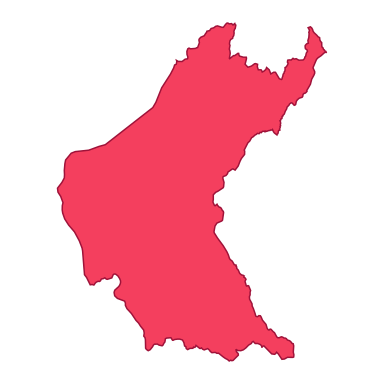 Phoukhoune, Louangphrabang, Laos
{"feature_id": "54806243B44028844681141", "entity_name": "Phoukhoune", "entity_type": "district", "adm_level": 2, "iso_a3": "LAO", "parent_name": "Laos", "parent_adm1": "Louangphrabang", "projection": "equal_earth", "projection_center": [102.694, 19.508], "detail": "fine", "context": "isolated", "style": "filled", "palette": "rose", "viewbox_px": 384, "rotation_deg": 0, "n_neighbors": 0, "source": "geoboundaries", "source_scale": "gbopen_adm2", "svg_char_len": 5925}
<svg xmlns="http://www.w3.org/2000/svg" viewBox="0 0 384 384"><path d="M148.2,350.7L150.2,349.7L152.6,346.7L153.4,345.1L154.4,344.2L157.4,344.1L159.0,345.1L162.1,345.8L163.0,345.1L163.8,343.4L164.9,342.0L165.4,338.7L166.6,338.1L170.9,337.7L172.5,340.2L173.0,340.3L174.7,339.5L177.5,339.1L179.7,339.1L182.5,340.0L183.9,342.7L184.6,346.0L185.7,346.5L186.0,346.9L186.0,347.9L186.4,348.7L187.7,349.6L189.9,348.4L192.9,348.3L193.5,347.1L194.8,347.4L195.5,346.7L196.0,345.4L199.7,348.4L200.3,348.5L201.5,347.9L202.6,349.2L204.2,349.9L207.7,348.6L209.8,350.5L210.1,351.3L211.9,352.7L215.2,352.4L216.9,353.3L218.6,353.2L222.8,356.6L225.3,358.4L227.5,359.5L229.2,361.0L230.8,360.2L231.8,360.7L233.1,360.4L238.3,355.2L238.3,353.9L237.8,353.1L236.9,352.4L236.3,351.2L236.0,349.8L236.6,349.6L237.5,350.5L240.8,350.7L243.4,349.8L245.9,347.9L248.6,345.1L251.3,343.5L252.2,342.0L253.2,341.4L255.2,343.5L257.9,343.5L260.6,344.7L261.6,346.1L261.8,347.1L262.2,347.1L263.0,346.1L263.9,345.9L271.7,353.9L274.6,354.3L275.6,353.7L276.6,352.2L278.2,353.8L281.9,359.3L284.5,359.0L287.5,357.3L292.9,357.4L293.7,357.0L293.9,354.8L293.3,352.2L293.7,345.8L293.2,343.7L292.1,343.4L290.8,341.7L289.6,340.7L287.4,340.0L286.3,338.6L285.4,338.1L284.0,338.0L282.6,337.1L281.3,336.8L279.0,337.8L277.5,337.6L276.6,336.6L274.4,332.5L273.6,332.1L271.0,329.3L270.1,329.1L269.1,330.0L268.5,329.9L267.8,329.3L267.1,328.1L266.0,324.4L262.5,320.2L261.2,317.1L260.4,315.8L258.9,315.6L258.0,316.4L257.3,316.7L256.0,316.3L255.7,315.9L255.2,313.9L253.3,308.4L252.2,306.1L252.0,303.7L249.6,299.2L249.4,296.8L250.1,294.9L250.1,292.2L250.6,290.5L248.7,285.9L248.0,285.6L246.8,286.1L246.3,285.8L245.1,281.7L245.1,281.1L246.0,279.3L245.2,278.0L243.9,277.3L243.9,276.4L244.2,276.0L243.2,275.3L241.5,274.9L239.7,273.4L238.3,270.1L236.7,268.4L236.7,266.9L236.0,266.2L236.2,265.2L234.3,264.7L232.2,261.1L230.3,259.6L229.5,258.5L228.3,254.8L226.9,251.8L223.3,245.9L217.4,237.9L214.2,232.8L214.0,231.6L215.0,226.1L216.9,223.1L221.7,221.0L222.5,220.2L223.6,212.6L223.3,211.3L222.4,210.5L221.2,208.2L220.3,207.4L219.4,207.3L217.5,205.3L217.0,204.2L215.2,205.7L214.5,205.5L213.1,202.5L213.0,201.2L213.3,199.7L213.3,194.8L215.7,192.3L217.8,191.3L223.1,187.8L223.6,186.8L224.0,182.4L222.9,178.5L222.9,177.3L223.3,176.5L226.0,175.5L227.5,173.7L227.9,172.1L232.2,169.1L233.0,168.9L235.1,170.1L238.2,166.0L240.0,161.3L241.4,158.5L244.6,154.4L244.7,151.1L244.2,150.1L247.9,142.8L249.7,141.1L251.6,137.7L253.1,136.8L255.2,134.9L256.3,134.4L257.3,133.4L259.1,133.7L260.1,132.3L261.2,132.7L262.4,131.4L264.6,131.2L265.0,131.8L265.5,131.1L266.5,131.4L269.0,130.5L270.0,130.5L270.6,130.0L272.0,130.1L272.5,129.5L273.5,131.8L274.4,133.0L276.9,134.9L277.0,134.4L277.9,133.6L278.6,130.5L279.9,130.1L279.6,128.8L280.2,127.4L280.0,126.3L280.6,125.8L280.3,124.2L280.7,123.3L280.4,121.5L279.9,120.8L280.7,120.1L280.9,118.9L281.7,118.7L282.0,118.3L282.1,116.4L283.0,115.9L282.9,115.4L284.3,114.0L285.3,111.2L286.7,108.8L287.0,107.2L289.1,105.0L289.5,104.0L291.2,102.8L292.2,103.1L294.2,105.3L295.3,104.9L295.7,104.4L296.3,101.4L297.4,99.8L299.2,98.2L302.1,97.3L302.7,96.5L303.1,94.3L304.2,93.3L304.9,93.3L305.8,92.7L307.0,91.4L306.8,90.5L310.4,84.3L311.7,79.2L313.9,75.2L314.7,73.2L314.7,71.6L313.1,68.1L313.1,67.4L316.5,59.4L318.0,57.8L321.1,55.7L325.1,52.1L325.8,52.1L326.5,53.0L325.9,51.5L325.4,51.5L324.2,49.8L323.6,49.6L322.9,47.7L322.1,47.1L321.8,46.2L321.7,42.6L320.6,41.4L319.9,40.1L319.6,37.6L318.1,36.8L316.7,35.1L314.2,32.8L313.1,31.3L312.6,29.5L311.7,27.9L310.4,26.8L308.1,27.7L309.5,30.2L308.8,32.5L309.1,33.5L308.8,37.5L307.9,40.5L308.3,43.2L306.9,43.7L306.2,44.3L305.2,45.5L305.1,46.9L305.4,48.7L307.0,49.9L307.5,51.2L306.3,53.1L305.6,56.3L304.8,57.1L304.6,58.4L303.4,59.8L302.7,60.0L298.9,60.2L296.2,58.7L294.2,59.1L293.0,58.3L291.2,60.0L289.1,59.9L287.7,60.2L287.4,62.2L288.1,63.1L287.6,64.8L286.2,66.9L285.0,67.6L285.1,69.0L284.9,71.0L284.2,72.0L284.0,73.3L283.2,74.1L282.7,76.6L282.3,77.3L282.0,79.0L281.4,79.5L279.3,78.7L275.5,72.3L273.8,72.2L270.8,73.9L269.2,69.8L266.6,67.5L265.8,69.5L263.7,71.3L262.2,72.0L261.8,70.8L261.1,69.8L258.3,69.8L257.3,66.7L257.6,64.3L255.6,63.6L254.5,63.8L251.4,66.1L247.9,67.2L245.1,64.2L246.3,59.5L246.5,58.1L246.3,57.2L243.4,57.2L239.6,56.1L238.9,54.8L238.7,53.4L238.0,53.3L234.7,55.6L233.5,55.6L229.7,58.7L229.4,58.4L230.2,53.3L229.9,50.9L229.3,49.1L230.0,45.3L229.5,44.2L229.5,43.3L229.9,40.9L230.8,39.4L232.6,38.4L232.9,36.8L233.7,35.7L234.1,33.1L233.9,31.3L234.6,29.2L235.2,28.6L235.8,25.3L235.7,25.0L235.3,25.1L234.8,23.5L233.0,25.0L231.6,23.6L229.1,23.9L228.5,23.3L227.1,23.0L225.7,24.2L223.4,27.3L222.0,27.3L217.5,25.9L215.7,26.3L213.7,27.8L211.1,28.5L209.6,30.6L206.9,31.2L206.5,32.6L205.8,33.2L204.3,35.7L200.7,37.3L199.2,39.0L198.9,40.0L199.4,42.7L197.6,47.6L196.7,47.7L195.6,48.4L190.6,48.8L189.0,48.1L187.8,48.8L186.9,51.3L187.0,54.5L187.8,56.8L187.8,58.1L187.5,58.8L185.1,59.2L182.1,61.5L178.2,61.4L176.5,60.4L176.8,61.5L176.3,64.2L174.6,65.0L173.7,67.9L170.5,74.1L161.7,87.8L155.9,102.3L152.8,107.6L105.3,144.7L99.1,146.4L88.7,150.2L75.3,151.6L71.2,153.2L65.6,160.0L64.9,163.7L64.3,170.4L64.5,174.7L64.3,178.0L62.0,182.3L57.5,188.2L58.0,192.2L60.7,196.4L63.0,202.7L62.3,205.6L62.2,209.9L62.7,213.1L64.7,218.9L68.6,225.0L74.5,231.9L79.3,240.8L82.1,248.1L82.6,250.9L84.5,274.7L86.6,277.5L90.2,284.8L92.2,284.5L93.6,285.0L94.1,284.9L95.0,283.4L96.3,282.1L98.1,281.3L99.3,281.5L100.0,281.2L100.6,280.6L101.1,279.3L101.5,279.0L103.4,278.6L104.8,277.8L106.3,279.1L107.4,279.3L111.8,277.9L113.2,274.7L113.8,274.2L114.8,274.0L115.7,274.2L117.9,275.9L119.6,278.5L120.5,280.7L120.6,282.2L120.3,283.7L119.6,285.3L118.6,286.7L115.0,289.9L114.4,291.2L114.1,292.6L114.7,295.8L117.4,298.4L124.6,301.1L125.4,303.1L125.4,305.4L127.0,308.7L131.5,313.6L136.0,320.4L138.6,323.1L140.5,326.1L143.7,330.1L144.2,333.1L143.8,335.9L143.9,336.4L144.9,337.4L145.4,339.6L145.6,348.2L146.4,349.4L148.2,350.7Z" fill="#f43f5e" stroke="#9f1239" stroke-width="1.5"/></svg>